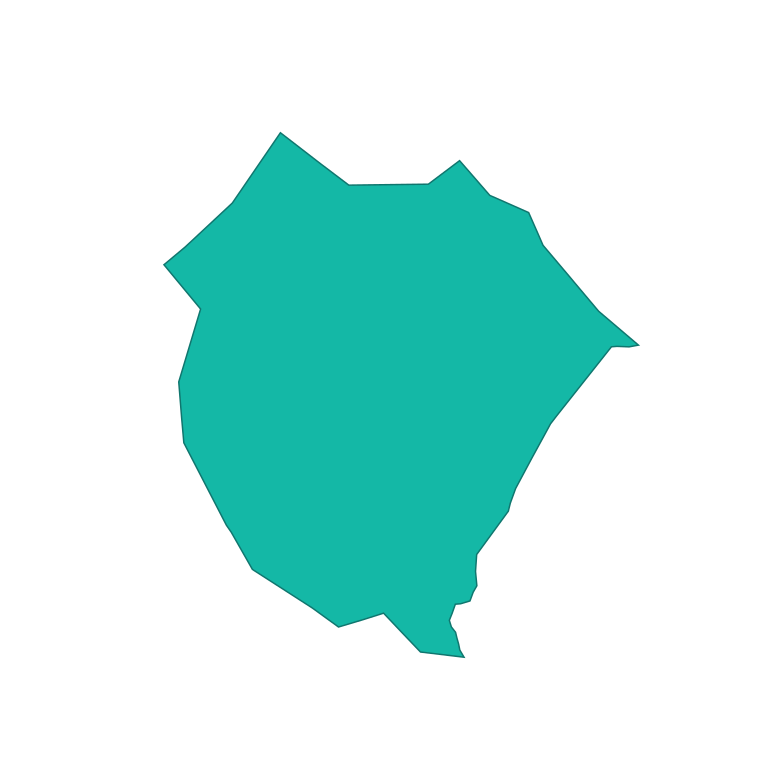 the district of Massapê do Piauí, Piauí, Brazil, rotated 47°
{"feature_id": "56859067B40458621475614", "entity_name": "Massapê do Piauí", "entity_type": "district", "adm_level": 2, "iso_a3": "BRA", "parent_name": "Brazil", "parent_adm1": "Piauí", "projection": "robinson", "projection_center": [-41.055, -7.533], "detail": "fine", "context": "isolated", "style": "filled", "palette": "teal", "viewbox_px": 768, "rotation_deg": 47, "n_neighbors": 0, "source": "geoboundaries", "source_scale": "gbopen_adm2", "svg_char_len": 878}
<svg xmlns="http://www.w3.org/2000/svg" viewBox="0 0 768 768"><g transform="rotate(47 384 384)"><path d="M529.1,171.4L477.2,177.4L439.3,175.5L434.2,175.2L391.0,173.1L379.4,169.0L357.3,161.3L340.6,168.4L318.2,178.0L290.1,177.0L272.2,176.4L268.1,215.3L221.6,266.4L214.6,274.1L179.6,280.2L129.6,288.4L148.2,371.5L148.2,395.3L148.2,435.9L146.7,463.6L204.1,467.0L242.5,532.7L270.0,554.5L290.5,570.5L379.9,595.6L388.2,596.8L429.9,606.7L498.9,589.2L530.7,583.0L542.1,560.0L551.3,540.6L578.0,540.4L604.9,540.1L638.4,511.8L630.3,510.0L625.1,506.8L619.5,503.9L614.4,501.0L607.6,500.4L601.4,497.4L598.2,490.6L593.7,482.0L597.0,477.8L601.3,469.1L597.1,460.8L594.9,453.7L583.5,444.9L571.9,432.5L561.8,379.8L557.3,372.9L550.2,359.0L538.9,326.0L530.0,299.2L526.7,289.4L525.1,279.8L511.9,192.3L515.3,188.0L524.0,179.4L529.1,171.4Z" fill="#14b8a6" stroke="#0f766e" stroke-width="1.5"/></g></svg>